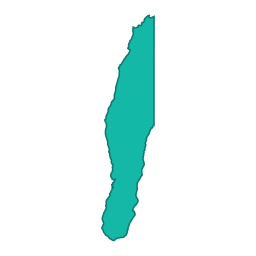 outline of Rio Cuarto, Alajuela, Costa Rica
{"feature_id": "36466004B916692676755", "entity_name": "Rio Cuarto", "entity_type": "district", "adm_level": 2, "iso_a3": "CRI", "parent_name": "Costa Rica", "parent_adm1": "Alajuela", "projection": "equal_earth", "projection_center": [-84.219, 10.409], "detail": "fine", "context": "isolated", "style": "filled", "palette": "teal", "viewbox_px": 256, "rotation_deg": 0, "n_neighbors": 0, "source": "geoboundaries", "source_scale": "gbopen_adm2", "svg_char_len": 5797}
<svg xmlns="http://www.w3.org/2000/svg" viewBox="0 0 256 256"><path d="M154.1,16.4L152.4,17.2L152.1,17.6L149.6,17.6L149.2,17.4L149.0,17.1L149.0,16.5L149.1,16.0L149.4,15.5L149.4,15.4L148.1,15.7L146.8,16.6L145.7,17.7L145.6,18.0L145.2,18.2L145.0,18.4L144.9,18.5L144.4,19.3L144.2,20.4L144.1,21.2L143.7,22.1L143.2,22.4L142.6,22.3L142.2,22.3L141.7,23.0L141.6,23.7L141.6,25.0L141.3,25.5L140.1,25.5L139.3,25.2L138.6,25.3L138.2,25.6L138.1,26.4L138.3,26.9L135.4,28.0L134.7,28.0L134.0,27.6L133.2,27.0L132.9,29.2L132.9,31.5L133.2,32.6L133.3,34.4L132.8,35.7L132.1,36.9L131.8,37.7L131.8,38.2L131.5,39.1L131.0,39.7L130.2,40.4L130.2,40.6L129.8,41.1L129.7,41.8L129.7,42.3L128.9,43.4L128.6,44.2L128.6,46.9L128.4,47.1L128.3,47.5L127.9,47.9L127.9,48.4L128.2,49.0L128.9,49.3L129.6,49.3L129.9,49.6L129.9,50.6L129.4,51.8L129.4,52.1L128.6,53.7L127.6,54.9L127.2,55.3L126.2,56.3L125.4,57.8L125.2,58.4L124.5,58.8L124.0,59.4L123.7,60.5L123.1,61.0L122.9,61.6L122.1,62.7L121.9,63.3L121.8,63.6L121.6,64.0L121.2,64.4L120.9,64.4L120.4,64.6L120.0,65.0L119.8,66.5L119.3,67.6L119.1,67.6L118.7,67.4L118.5,68.1L118.6,68.6L119.2,70.2L119.4,71.2L119.4,72.2L119.2,73.4L119.1,76.3L118.9,77.0L118.4,78.0L118.2,78.6L116.0,86.5L115.9,86.6L115.9,86.9L115.8,87.1L115.8,87.9L115.7,88.4L115.7,90.2L115.5,90.9L115.5,91.1L115.4,91.3L115.4,91.5L115.1,92.7L114.7,93.5L114.4,94.5L114.3,98.8L114.0,99.3L113.7,99.7L113.1,100.1L112.7,100.9L112.4,101.1L112.1,101.5L111.9,101.5L111.7,101.8L111.5,102.2L111.5,102.5L111.4,102.6L111.4,102.9L111.2,103.3L111.1,104.0L110.8,104.7L110.7,105.4L110.5,105.7L110.2,106.0L109.6,106.7L109.4,107.1L109.0,107.4L108.4,108.4L108.4,108.9L108.3,109.1L108.3,109.4L108.2,109.5L108.2,110.0L108.1,111.2L108.0,112.0L107.9,112.5L107.4,113.2L107.1,114.2L106.5,115.1L106.1,116.3L106.1,117.8L106.0,118.6L105.7,119.2L105.4,119.4L104.9,119.7L104.9,120.5L105.0,121.1L105.3,121.5L105.8,122.6L106.4,123.6L106.4,127.3L105.8,128.9L105.7,129.9L105.6,130.1L105.5,130.6L105.4,130.8L105.4,133.9L105.6,134.4L105.6,134.9L105.8,135.6L105.9,136.1L106.1,136.6L106.2,137.1L106.3,137.2L107.6,141.5L107.6,141.8L107.7,142.2L107.7,144.4L108.7,147.5L109.0,148.0L109.3,149.2L109.3,150.6L108.8,151.4L108.8,152.1L109.3,152.7L109.7,153.0L109.7,154.8L109.7,155.3L110.1,156.5L110.1,156.8L110.4,157.8L110.7,158.8L110.9,158.9L110.9,159.1L111.2,159.5L111.4,159.6L111.5,159.8L111.6,160.6L111.3,161.3L111.3,162.2L111.7,163.1L111.9,163.9L112.1,164.1L112.8,164.4L113.0,164.5L113.1,165.5L113.0,165.9L112.6,166.2L112.3,166.7L112.4,167.5L112.6,168.8L112.6,169.3L112.5,169.7L112.5,171.0L111.1,173.7L110.9,174.0L110.9,174.8L110.7,175.5L110.7,176.1L110.9,176.8L111.3,177.2L111.7,178.0L112.0,179.0L112.5,179.5L113.4,179.7L114.2,179.6L114.4,179.5L114.6,179.2L115.2,179.3L115.2,179.5L115.0,180.0L114.5,180.7L114.2,181.8L113.9,181.9L113.6,182.1L113.4,182.5L113.1,182.6L112.8,182.8L112.8,183.5L113.0,183.9L112.9,184.4L112.6,184.4L112.2,184.2L111.8,184.5L111.8,185.4L112.1,186.1L112.3,186.5L112.9,186.6L113.1,186.8L113.2,187.2L113.2,187.6L113.1,187.8L112.7,187.8L112.5,187.6L112.2,187.6L112.2,188.8L112.0,189.7L111.4,190.4L111.1,190.9L111.0,191.5L110.7,192.6L109.6,193.8L109.6,194.2L110.2,195.1L110.1,195.4L108.9,196.9L108.5,197.3L108.0,198.2L107.7,198.9L106.8,199.7L106.4,200.3L106.4,201.0L106.1,201.7L106.3,204.2L105.8,205.2L105.8,206.1L106.3,207.1L106.3,207.4L106.0,208.9L105.8,209.5L105.3,209.8L104.9,211.3L104.3,212.3L103.8,212.7L103.5,213.8L103.5,214.2L103.1,215.8L102.8,216.0L102.6,216.8L102.5,217.4L102.3,217.7L102.2,218.8L102.2,219.4L102.5,219.8L102.9,221.1L103.4,222.0L103.6,223.2L103.6,223.8L103.5,224.4L102.9,225.1L102.7,226.4L101.9,227.4L101.9,228.3L102.2,228.9L102.8,229.6L103.0,229.9L103.3,231.2L103.8,232.4L104.0,232.7L104.8,233.4L105.2,234.5L106.0,235.4L108.0,236.2L108.7,237.3L109.1,237.7L109.7,238.6L110.3,238.9L111.1,239.0L111.4,239.5L112.1,240.0L114.0,240.6L114.6,240.2L115.0,239.5L115.6,239.0L116.2,238.8L117.3,238.2L120.7,237.5L123.1,237.4L123.5,237.1L123.8,237.0L124.5,236.4L124.6,236.2L124.8,236.2L125.3,235.8L125.8,235.1L126.4,234.6L127.0,233.2L127.2,232.3L127.2,230.9L127.2,230.4L127.6,230.3L127.8,229.9L128.0,229.2L128.1,228.8L128.1,227.3L128.3,226.8L128.8,225.9L129.1,225.1L129.3,224.0L129.4,223.7L129.5,223.6L129.8,222.9L130.3,222.4L130.5,221.9L131.5,220.4L132.0,219.2L132.3,219.0L133.2,217.2L133.5,216.9L134.2,216.2L134.7,215.6L134.9,214.8L135.1,214.2L134.7,212.8L134.4,211.7L133.9,211.1L133.5,210.9L132.7,210.9L132.7,210.4L133.0,209.2L133.9,207.0L134.3,206.4L134.9,205.7L135.1,205.7L135.7,205.0L135.8,205.0L135.9,204.9L136.7,203.9L137.0,203.1L137.4,202.6L137.6,202.2L137.8,201.8L137.9,201.4L138.0,200.3L137.8,199.4L137.3,198.7L136.0,196.2L136.0,195.8L135.8,195.6L135.8,195.1L136.1,194.3L136.1,193.1L136.5,192.3L136.7,190.9L136.9,190.3L137.3,189.5L137.4,189.1L137.4,188.1L137.0,187.1L137.1,184.0L137.4,182.7L138.7,180.7L139.0,179.9L139.9,178.7L140.1,178.1L140.7,176.9L141.0,176.7L141.4,175.9L142.0,175.5L142.0,175.3L142.0,175.0L142.2,174.5L142.0,174.2L142.0,173.4L141.7,172.3L141.8,171.0L141.7,170.5L141.7,169.9L142.1,168.8L142.6,168.0L142.8,167.5L143.0,167.0L143.6,166.1L144.3,164.0L144.0,163.1L143.8,162.5L143.8,161.6L143.4,160.6L143.2,159.7L143.0,159.3L143.0,158.2L143.2,157.4L143.2,156.7L143.7,155.1L143.7,154.4L143.5,153.8L144.0,153.0L144.1,152.7L144.0,152.2L144.0,151.5L144.1,150.8L144.2,150.6L144.7,150.4L144.7,149.7L144.8,149.5L144.9,148.1L145.0,147.7L145.1,146.8L145.2,146.6L145.7,146.1L145.7,144.0L145.3,143.6L145.2,143.2L145.2,142.8L145.9,141.7L146.6,140.1L146.3,139.2L146.3,138.5L146.7,138.0L146.9,137.1L147.4,136.3L147.7,135.6L147.9,135.3L148.4,134.9L148.6,134.4L149.3,133.4L149.5,132.6L149.5,132.1L149.6,131.6L149.8,131.1L150.1,130.7L150.6,130.0L151.0,128.2L151.2,127.9L151.8,128.1L152.3,127.9L152.7,127.2L153.0,126.0L153.2,125.6L153.4,125.4L154.0,125.5L154.0,59.6L154.1,16.4Z" fill="#14b8a6" stroke="#0f766e" stroke-width="1.5"/></svg>